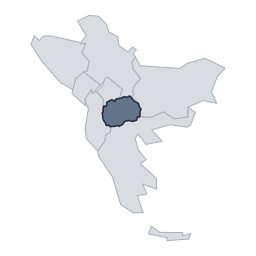 map of North Macedonia with Bulgaria, Greece, Albania and 4 others greyed out
{"feature_id": "MKD", "entity_name": "North Macedonia", "entity_type": "country or territory", "adm_level": 0, "iso_a3": "MKD", "parent_name": "Europe", "parent_adm1": "", "projection": "mercator", "projection_center": [21.64, 41.604], "detail": "fine", "context": "with_neighbors", "style": "filled", "palette": "slate", "viewbox_px": 256, "rotation_deg": 0, "n_neighbors": 7, "source": "natural_earth", "source_scale": "50m", "svg_char_len": 3242}
<svg xmlns="http://www.w3.org/2000/svg" viewBox="0 0 256 256"><path d="M135.6,57.0L140.0,65.7L179.8,68.5L187.3,63.2L205.1,58.3L225.0,68.1L217.2,76.8L211.6,91.6L216.5,103.3L203.5,100.5L188.1,107.0L187.9,117.0L174.1,118.9L163.4,111.9L151.3,117.4L140.1,116.9L139.0,103.4L131.4,96.9L133.9,94.0L132.3,91.5L134.8,85.0L140.6,78.5L133.2,69.5L131.9,61.8L135.6,57.0Z" fill="#d9dde1" stroke="#a8b0b8" stroke-width="1"/><path d="M190.7,233.6L188.8,239.1L167.0,240.6L167.1,237.6L148.6,234.0L151.4,226.1L159.7,232.3L182.8,232.6L182.4,235.8L190.7,233.6ZM140.1,116.9L151.3,117.4L163.4,111.9L174.1,118.9L187.9,117.0L188.1,107.0L195.4,112.3L190.7,124.9L187.1,127.2L170.0,124.7L151.7,129.9L162.2,141.1L146.0,144.4L138.0,134.1L135.2,138.5L138.5,150.3L146.1,159.5L140.4,163.8L156.4,178.4L156.6,189.2L142.6,184.1L147.0,193.9L137.4,195.9L143.2,212.6L133.1,212.8L120.7,204.6L112.3,176.6L98.7,156.6L97.6,151.0L104.7,141.4L105.6,135.0L110.5,132.1L110.8,126.8L120.7,125.0L126.5,120.6L134.7,121.0L140.1,116.9Z" fill="#d9dde1" stroke="#a8b0b8" stroke-width="1"/><path d="M110.8,126.8L110.5,132.1L105.6,135.0L104.7,141.4L97.6,151.0L86.4,138.6L85.0,129.1L88.4,109.1L84.8,99.4L91.4,89.3L92.4,93.2L96.4,91.4L103.3,99.0L102.4,113.3L104.5,121.9L110.8,126.8Z" fill="#d9dde1" stroke="#a8b0b8" stroke-width="1"/><path d="M73.5,90.1L60.1,82.3L41.7,61.1L31.0,44.6L34.1,35.7L39.6,40.6L42.8,36.2L49.9,35.7L85.8,43.7L82.0,53.0L89.3,61.2L87.1,71.0L75.8,78.7L73.5,90.1Z" fill="#d9dde1" stroke="#a8b0b8" stroke-width="1"/><path d="M77.6,21.1L89.2,15.4L98.7,16.3L106.9,24.9L108.6,31.8L117.8,36.8L119.0,45.7L127.9,51.9L132.6,47.1L136.4,49.7L132.8,53.3L135.6,57.0L131.9,61.8L133.2,69.5L140.6,78.5L134.8,85.0L132.3,91.5L133.9,94.0L131.4,96.9L119.2,98.4L122.3,89.4L107.7,77.2L99.3,86.7L100.5,85.0L83.5,72.0L87.1,71.0L89.3,61.2L82.0,53.0L85.8,43.7L80.3,43.7L86.1,35.7L77.6,21.1Z" fill="#d9dde1" stroke="#a8b0b8" stroke-width="1"/><path d="M100.5,85.0L92.4,93.2L91.4,89.3L84.8,99.4L85.8,105.9L71.9,93.6L75.8,78.7L83.5,72.0L100.5,85.0Z" fill="#d9dde1" stroke="#a8b0b8" stroke-width="1"/><path d="M104.3,106.4L103.3,99.0L96.4,91.4L102.9,85.3L105.0,78.4L107.7,77.2L122.3,89.4L119.2,98.4L106.9,102.4L106.2,106.5L104.3,106.4Z" fill="#d9dde1" stroke="#a8b0b8" stroke-width="1"/><path d="M119.0,98.4L119.9,98.5L121.7,98.0L122.9,97.2L123.4,97.1L124.2,96.8L125.3,96.9L126.5,97.2L127.9,96.8L129.3,96.1L129.9,96.3L130.5,96.8L130.9,97.0L133.2,100.1L134.5,101.3L136.0,102.2L137.7,102.9L138.3,103.6L139.4,106.8L140.0,108.0L140.7,108.4L140.9,108.7L140.9,109.2L140.1,111.4L139.8,116.5L139.5,116.9L138.7,116.9L137.5,117.0L137.1,117.4L136.6,120.1L134.8,120.8L133.1,121.3L131.7,121.2L129.3,120.5L128.5,120.5L127.8,120.8L125.6,121.0L124.6,121.5L122.3,124.7L120.0,125.7L119.2,126.3L117.5,125.6L116.6,125.5L115.4,126.3L112.7,126.4L112.0,126.5L110.0,126.7L109.9,126.2L109.5,125.6L108.5,125.3L106.6,125.6L106.1,125.1L105.3,122.4L104.7,122.0L104.0,121.1L102.8,118.2L102.7,116.9L102.8,115.8L102.2,113.2L102.6,112.5L103.2,112.1L103.2,111.0L103.0,109.4L103.7,106.2L103.9,106.0L104.1,106.2L105.9,106.4L106.3,106.0L106.6,105.4L106.7,103.1L107.1,102.0L111.4,99.9L112.7,99.9L113.6,100.8L114.4,101.4L114.9,101.4L115.0,100.8L115.5,99.6L116.4,98.9L119.0,98.4L119.0,98.4Z" fill="#64748b" stroke="#1e293b" stroke-width="1.5"/></svg>